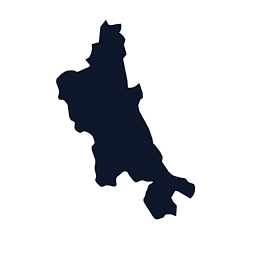 outline of Genova, rotated 232°
{"feature_id": "ITA-5367", "entity_name": "Genova", "entity_type": "Province", "adm_level": 1, "iso_a3": "ITA", "parent_name": "Italy", "parent_adm1": "", "projection": "natural_earth1", "projection_center": [9.041, 44.45], "detail": "fine", "context": "isolated", "style": "filled", "palette": "ink", "viewbox_px": 256, "rotation_deg": 232, "n_neighbors": 0, "source": "natural_earth", "source_scale": "10m", "svg_char_len": 2543}
<svg xmlns="http://www.w3.org/2000/svg" viewBox="0 0 256 256"><g transform="rotate(232 128 128)"><path d="M214.2,185.7L211.8,184.1L210.0,181.9L208.9,178.7L206.6,179.7L203.0,180.2L199.7,179.7L198.2,177.8L196.9,175.5L187.6,171.8L186.2,166.2L165.8,155.9L159.6,151.7L157.7,154.0L156.3,156.6L155.5,159.7L155.7,163.6L146.8,160.4L143.3,157.8L143.6,155.0L140.0,149.3L134.6,146.7L115.0,143.4L105.6,140.3L99.9,137.4L98.2,138.1L89.2,137.9L84.7,137.0L83.2,136.0L81.2,133.3L68.6,132.4L63.7,133.2L61.3,134.4L55.7,138.6L53.6,140.7L52.3,141.6L50.8,141.6L49.2,141.4L47.8,141.6L43.0,144.7L40.4,143.8L37.6,141.3L35.5,138.1L34.7,134.2L48.4,128.8L50.3,126.7L47.0,118.5L42.2,117.5L37.0,117.9L30.1,111.7L33.6,109.6L35.1,108.1L36.6,106.0L37.0,105.2L37.3,104.4L37.4,103.6L37.1,102.8L36.8,102.1L36.5,101.3L36.6,100.4L36.8,99.6L37.6,98.0L37.8,97.1L38.5,95.4L39.0,94.7L39.7,94.2L41.2,93.9L43.4,93.9L58.7,95.4L60.2,95.8L61.3,96.4L61.9,97.0L62.3,97.7L63.0,99.3L63.9,100.8L65.6,102.7L66.7,105.0L67.6,106.5L69.1,108.4L69.5,109.2L69.6,110.1L69.0,112.8L69.0,113.8L69.3,114.6L69.8,115.2L70.3,115.5L70.8,115.4L71.3,114.9L73.1,112.6L74.1,111.0L74.7,110.4L77.6,108.4L78.2,107.9L78.7,107.2L79.2,106.5L79.5,105.6L80.5,102.0L80.9,101.2L82.4,100.7L84.6,100.5L89.5,100.5L93.4,101.1L94.6,100.9L96.1,99.7L96.8,98.6L97.2,97.5L97.2,96.5L97.2,95.5L97.0,93.4L97.0,90.1L96.9,89.1L96.6,88.2L96.3,87.4L95.8,86.8L93.8,85.2L91.4,83.9L90.8,83.4L90.5,82.7L90.7,82.0L91.1,81.3L94.4,78.6L96.6,76.5L96.8,76.1L97.1,75.4L98.0,72.3L98.3,71.7L98.8,71.2L99.8,70.8L104.0,70.3L105.7,70.4L106.9,70.8L108.6,73.4L109.7,74.1L111.3,75.0L114.6,76.4L117.2,78.0L120.0,81.2L122.7,83.2L132.1,86.4L134.1,87.5L135.2,88.7L135.4,90.8L135.6,91.8L135.9,92.5L136.5,93.1L137.2,93.7L138.2,94.2L140.9,95.2L143.6,95.8L144.7,95.7L147.7,95.1L149.6,94.3L152.0,92.9L153.4,91.3L154.2,87.7L156.5,86.7L158.4,86.1L159.6,86.2L160.9,86.7L162.4,88.0L164.0,89.7L164.9,90.0L166.0,90.1L167.6,89.6L169.5,88.6L171.1,88.8L173.3,89.6L181.2,94.2L181.8,94.8L183.0,95.3L184.7,95.6L188.2,95.6L189.8,95.2L190.9,94.7L192.4,92.6L193.0,92.1L193.9,92.1L195.1,92.6L197.3,95.6L198.6,96.7L200.4,97.7L208.0,100.2L210.0,102.2L210.1,103.1L210.9,108.5L210.6,112.8L210.1,114.3L209.3,116.0L207.2,119.1L205.9,120.3L204.7,121.0L203.8,121.3L203.1,121.9L202.7,122.6L202.3,123.4L200.5,130.8L199.9,132.7L199.6,133.9L199.5,135.4L199.8,136.7L200.3,137.4L202.8,137.5L207.3,137.2L206.8,141.0L208.9,145.4L212.3,149.2L215.4,151.3L212.6,158.0L224.0,168.9L225.9,176.3L221.1,175.4L218.5,177.9L216.6,181.9L214.2,185.7Z" fill="#0f172a" stroke="#020617" stroke-width="1.5"/></g></svg>